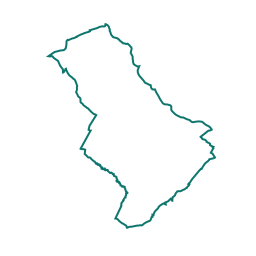 Davidesti, Arges, Romania, rotated 100°
{"feature_id": "2599482B43743362823664", "entity_name": "Davidesti", "entity_type": "district", "adm_level": 2, "iso_a3": "ROU", "parent_name": "Romania", "parent_adm1": "Arges", "projection": "mercator", "projection_center": [25.041, 45.006], "detail": "fine", "context": "isolated", "style": "outline", "palette": "teal", "viewbox_px": 256, "rotation_deg": 100, "n_neighbors": 0, "source": "geoboundaries", "source_scale": "gbopen_adm2", "svg_char_len": 5790}
<svg xmlns="http://www.w3.org/2000/svg" viewBox="0 0 256 256"><g transform="rotate(100 128 128)"><path d="M71.1,218.8L71.1,217.3L70.6,216.3L70.5,214.9L71.8,213.4L73.5,209.9L73.9,208.8L74.6,208.2L76.5,207.0L77.3,206.3L78.2,205.9L80.5,203.5L81.4,202.4L84.6,201.6L84.2,201.0L83.1,200.6L81.9,200.0L80.6,199.7L80.4,199.4L81.6,198.9L84.3,196.9L85.2,196.1L86.3,194.9L86.8,194.1L87.9,191.9L89.0,190.4L89.5,189.1L90.5,188.2L92.4,187.0L95.5,185.3L96.8,185.4L99.3,184.9L100.8,185.1L101.2,185.3L101.5,185.3L101.9,185.2L104.0,183.5L105.2,182.8L105.6,182.4L106.7,180.5L107.5,179.9L110.8,179.2L111.3,178.6L111.9,177.2L113.4,175.6L114.7,172.9L115.4,171.7L115.4,171.4L115.8,170.4L116.1,170.2L117.5,168.4L117.9,167.7L118.6,166.8L120.0,164.5L120.2,163.9L120.3,163.5L120.3,162.8L120.5,162.1L120.8,161.5L132.6,166.3L136.4,166.5L136.4,166.4L136.7,166.2L136.8,165.7L137.2,165.1L137.1,164.4L156.7,171.1L156.8,170.8L156.7,170.3L156.8,169.1L156.5,168.0L156.7,167.4L156.8,166.4L161.1,166.1L162.4,164.1L163.1,163.2L163.9,162.0L163.8,161.5L163.7,160.9L163.7,160.5L164.1,159.6L164.4,159.2L164.9,158.8L166.4,156.3L166.7,155.9L166.8,155.0L167.6,154.3L167.7,154.1L168.0,154.0L168.6,153.4L168.3,152.9L168.8,152.8L168.8,152.6L168.5,152.5L168.4,152.0L168.5,151.9L168.9,151.7L169.3,151.7L169.5,151.5L169.5,151.1L169.4,150.9L168.8,150.7L168.8,150.4L169.4,149.9L169.1,149.3L169.5,148.8L170.4,148.8L170.6,148.6L170.7,148.4L170.6,148.0L170.7,147.9L171.1,147.7L171.1,147.2L171.3,146.7L171.6,146.7L172.1,146.9L172.2,146.2L172.3,146.1L172.5,146.1L172.6,146.4L172.8,146.5L173.0,145.4L172.3,144.9L172.0,144.5L172.0,143.9L172.3,143.9L172.5,143.8L172.5,143.6L172.4,143.5L173.0,143.2L173.2,143.3L173.4,143.3L173.6,142.6L173.1,142.0L172.8,141.5L172.8,141.1L173.0,140.6L173.5,140.5L174.0,140.2L174.3,139.7L174.9,138.5L175.4,137.9L175.4,137.5L174.9,137.0L174.8,136.8L174.9,136.4L175.3,136.1L175.4,135.3L175.7,134.9L176.2,134.8L176.3,134.5L175.9,134.0L176.2,133.8L177.0,133.8L177.6,133.5L177.8,133.2L177.8,132.1L177.9,131.6L178.1,131.2L178.4,130.8L179.8,130.5L180.0,130.2L180.6,129.6L181.1,129.5L181.5,129.9L181.9,130.2L182.4,130.0L182.8,129.6L182.9,129.1L182.3,128.0L182.5,127.6L183.5,127.4L183.9,127.1L183.6,126.5L184.4,126.0L185.1,125.5L185.5,125.6L185.9,125.4L185.9,124.2L186.8,123.5L186.6,123.3L186.3,123.1L186.2,122.6L186.4,122.2L186.6,121.9L186.4,121.6L186.5,121.2L186.9,121.3L187.2,121.3L187.9,120.4L188.2,120.2L188.6,120.2L190.5,119.2L190.7,118.6L191.2,118.6L191.7,118.2L191.7,117.6L191.9,117.3L192.2,117.3L192.3,117.5L192.2,118.0L192.4,118.4L192.7,118.6L193.3,118.4L194.3,118.2L194.7,118.2L195.9,118.7L196.2,118.4L196.6,118.5L197.0,118.5L197.1,118.9L197.3,119.1L199.9,120.2L200.2,119.8L200.6,119.9L201.7,120.7L203.4,121.5L204.5,121.2L205.5,121.3L205.9,121.0L219.3,124.7L219.3,123.6L219.5,122.7L219.9,122.0L221.2,120.4L222.8,117.4L223.1,116.1L223.6,115.2L224.2,113.3L224.7,112.6L225.8,112.1L226.4,111.7L226.2,111.0L225.6,110.6L225.0,109.1L224.7,108.2L224.6,107.3L223.6,104.8L222.4,101.7L222.3,100.9L221.5,98.5L221.5,97.5L220.8,96.7L219.6,95.8L217.7,93.7L216.1,91.2L215.3,90.1L214.3,89.7L211.6,89.3L211.4,88.6L210.7,88.8L210.0,88.1L209.7,88.7L209.1,88.9L209.0,87.9L206.2,87.3L204.1,86.1L203.1,85.3L201.8,84.5L200.7,84.1L200.4,84.1L199.1,83.2L197.1,81.2L196.0,79.7L196.7,78.2L196.7,77.5L194.8,78.3L194.0,77.0L193.6,76.3L192.9,75.5L191.2,74.4L190.2,73.6L191.9,72.0L191.9,71.7L190.5,71.9L189.2,72.0L188.3,71.9L187.5,71.0L186.2,70.1L184.1,69.7L181.7,68.3L181.1,65.3L180.6,64.5L179.6,63.4L178.4,61.4L177.4,60.7L177.1,60.3L177.0,60.0L176.5,59.5L176.1,59.4L175.6,59.3L174.0,58.1L173.0,57.8L172.7,58.8L171.7,58.2L171.7,57.9L167.5,56.1L157.2,50.2L156.0,49.3L155.7,49.2L155.8,48.8L155.5,48.4L153.4,47.7L150.2,46.3L148.8,45.4L146.5,43.3L145.4,42.6L144.7,42.5L143.4,39.6L143.4,39.4L143.0,38.6L142.2,37.4L141.9,37.2L139.3,39.7L138.5,40.3L138.0,42.1L136.9,41.8L133.1,40.4L132.7,41.1L131.7,40.6L131.5,41.9L131.2,42.4L131.0,43.3L130.8,44.0L130.4,44.3L129.3,44.4L128.6,45.9L128.5,46.8L128.0,48.2L127.6,48.2L127.1,48.6L126.2,50.1L126.1,50.8L126.1,51.5L126.1,52.4L125.6,53.3L124.7,53.8L124.4,54.4L124.4,54.8L124.1,55.0L116.7,48.4L116.3,47.0L115.1,45.3L113.6,46.6L113.2,47.1L112.7,47.9L112.2,49.0L111.6,51.2L110.7,53.2L109.0,56.0L109.2,59.6L110.4,63.5L111.0,64.9L111.0,65.4L110.9,66.3L110.3,67.5L109.9,68.0L109.4,69.0L109.2,71.1L109.0,72.1L108.1,75.1L108.1,75.8L108.3,77.5L108.2,78.0L107.9,79.2L107.4,80.6L107.1,81.9L106.2,84.0L103.6,87.7L102.8,88.4L101.9,88.7L99.3,89.1L98.4,90.0L98.3,90.7L98.0,93.1L98.3,96.0L98.0,97.2L97.5,98.1L95.0,100.5L94.2,101.3L91.4,103.4L88.1,106.3L85.3,108.2L85.7,109.6L85.6,110.7L85.1,111.6L83.9,112.4L81.9,113.1L81.7,114.9L81.0,116.7L80.7,118.3L80.4,119.1L78.6,120.9L76.2,123.9L75.1,125.3L73.6,126.8L71.5,128.0L69.3,128.5L65.3,127.7L65.6,128.4L65.7,129.6L64.8,132.2L64.5,132.6L64.2,133.3L63.8,133.7L61.5,134.7L60.7,134.8L59.5,135.3L58.5,135.6L57.2,135.7L56.8,136.0L56.0,136.4L54.9,137.4L53.5,138.4L49.6,138.2L48.9,138.3L48.0,138.7L47.3,139.9L46.2,141.0L45.9,141.7L45.4,142.3L45.1,143.0L45.1,143.3L45.5,143.9L45.5,145.2L45.3,145.6L45.3,146.0L45.5,147.4L44.9,148.3L44.8,148.8L44.2,149.3L44.1,149.9L43.3,151.4L42.6,151.9L42.4,152.6L42.1,152.8L41.8,153.4L41.8,153.8L41.5,154.1L41.4,154.7L41.4,155.3L41.3,155.8L41.2,156.9L41.3,157.4L40.9,158.7L40.5,159.0L39.6,160.3L39.1,160.6L38.3,161.3L37.8,161.4L36.6,162.1L35.9,162.5L35.7,162.8L35.2,163.0L34.3,163.0L33.8,163.2L32.5,164.1L31.4,164.6L30.2,166.1L29.6,168.0L29.7,168.3L30.0,168.3L30.5,168.1L31.1,168.1L31.7,168.3L31.9,168.6L32.3,170.2L32.3,170.9L33.4,173.6L35.1,176.0L38.4,182.7L39.3,182.2L39.4,182.3L40.0,183.2L42.2,187.6L42.5,187.9L43.4,189.3L44.0,190.5L46.0,193.2L47.2,194.3L47.0,194.6L48.2,195.8L48.9,196.9L49.5,198.5L51.9,202.1L51.7,202.8L53.2,203.6L56.7,203.1L60.6,203.2L62.5,204.8L63.3,207.7L65.9,213.5L71.1,218.8Z" fill="none" stroke="#0f766e" stroke-width="2"/></g></svg>